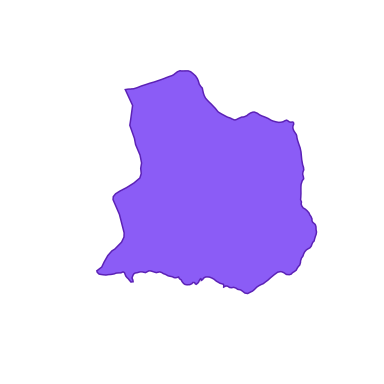 North Tongoa, Shefa, Vanuatu (orthographic projection), rotated 58°
{"feature_id": "77236927B34158198253981", "entity_name": "North Tongoa", "entity_type": "district", "adm_level": 2, "iso_a3": "VUT", "parent_name": "Vanuatu", "parent_adm1": "Shefa", "projection": "orthographic", "projection_center": [168.569, -16.896], "detail": "fine", "context": "isolated", "style": "filled", "palette": "violet", "viewbox_px": 384, "rotation_deg": 58, "n_neighbors": 0, "source": "geoboundaries", "source_scale": "gbopen_adm2", "svg_char_len": 3702}
<svg xmlns="http://www.w3.org/2000/svg" viewBox="0 0 384 384"><g transform="rotate(58 192 192)"><path d="M69.8,194.3L87.1,196.5L97.7,205.3L102.5,209.4L116.0,212.4L121.9,214.7L133.1,216.5L140.7,219.4L144.8,223.0L149.5,225.3L152.5,228.8L153.6,236.5L153.6,245.3L153.0,252.4L153.0,257.7L154.2,261.2L156.6,263.0L172.5,265.4L190.7,271.2L194.2,273.6L197.2,278.3L199.5,287.7L199.5,291.2L201.3,297.1L204.8,303.6L207.8,308.3L208.4,314.5L210.0,314.9L212.4,314.3L213.7,312.9L215.1,311.2L216.8,309.0L217.8,306.6L219.0,304.4L220.2,301.4L220.6,299.3L221.6,297.3L222.9,295.1L223.2,292.8L224.6,292.0L226.5,292.4L228.2,292.7L230.0,292.5L231.9,292.0L233.1,291.9L236.0,291.5L236.9,289.5L235.3,288.8L233.1,288.4L231.5,286.4L230.6,284.7L230.6,283.1L231.4,281.2L232.2,278.4L233.3,276.6L235.7,274.2L235.9,272.0L236.0,270.3L237.2,268.7L239.3,266.9L241.5,265.0L241.9,263.7L242.6,261.7L244.2,260.4L246.1,259.5L247.7,258.2L250.4,256.7L251.9,255.2L253.4,253.6L255.2,252.5L256.1,251.3L256.6,249.8L257.0,248.4L258.5,248.6L259.4,248.4L260.9,247.7L262.7,247.9L265.2,247.6L266.7,246.9L268.0,245.5L269.4,243.0L269.7,240.7L269.2,239.2L270.2,237.8L271.5,237.9L272.5,237.4L272.4,235.7L271.9,234.1L271.0,232.8L270.4,231.7L270.2,231.2L270.2,230.5L271.0,230.4L271.9,230.9L271.9,229.5L271.2,227.7L271.2,225.8L271.9,224.3L273.4,222.3L275.4,220.8L277.5,219.6L280.5,218.6L283.1,217.2L284.1,216.7L284.5,216.4L285.8,215.2L286.9,214.3L287.9,214.5L289.4,215.5L289.5,214.8L289.6,213.1L290.9,211.6L292.8,210.8L294.1,209.3L294.9,207.2L296.7,205.7L298.8,204.8L300.7,202.7L302.9,201.7L305.7,200.7L307.6,198.6L307.8,196.0L308.1,193.2L307.8,190.9L307.6,190.1L307.0,187.5L306.9,185.2L307.1,182.5L307.5,180.1L307.2,177.4L307.0,174.5L306.3,170.6L305.7,166.1L305.4,161.9L306.2,159.7L306.3,159.3L307.4,158.0L307.7,157.8L309.4,156.7L311.9,155.7L313.7,153.3L314.2,151.4L313.7,149.6L313.7,147.2L313.5,145.0L312.5,143.4L311.6,141.4L311.0,139.3L309.3,137.4L307.9,136.4L306.0,134.1L305.3,132.2L304.5,131.1L303.7,130.2L302.4,128.0L301.7,125.6L301.7,123.8L301.8,121.5L301.0,119.4L300.0,118.2L298.7,116.3L298.3,114.5L296.6,112.7L295.2,111.1L293.6,109.1L291.9,107.6L289.6,106.7L287.2,105.3L285.4,104.8L284.4,104.8L282.9,105.3L281.4,105.7L279.8,105.4L278.4,104.5L275.9,104.1L273.8,104.2L271.7,103.9L269.0,104.3L266.6,105.0L264.3,106.2L263.3,106.2L262.0,106.3L261.3,106.1L260.0,105.8L258.5,104.5L256.1,104.0L253.9,102.4L251.0,100.4L248.2,98.7L245.5,97.0L243.3,95.4L241.0,92.7L240.6,91.9L240.0,90.3L238.4,89.6L235.5,88.7L233.7,87.2L232.5,85.5L230.2,84.4L227.4,83.7L222.7,81.8L218.5,79.7L215.7,78.3L211.5,76.8L211.3,76.8L207.4,75.9L204.2,75.1L202.0,74.4L199.7,73.4L198.5,73.1L195.8,73.2L193.7,73.2L191.2,72.6L189.5,71.4L188.3,69.7L186.7,69.1L185.7,69.9L185.3,71.1L184.0,72.4L182.3,73.0L181.2,73.7L180.8,75.4L180.7,77.5L180.0,79.5L178.9,81.6L177.0,83.6L174.6,85.8L172.9,87.0L169.9,88.5L168.0,89.8L167.0,90.5L164.4,92.5L162.2,93.9L159.9,94.8L157.3,96.7L156.5,98.1L156.0,100.4L156.0,103.1L156.3,104.8L156.0,107.3L155.5,109.1L154.9,109.8L154.7,110.7L154.3,113.4L154.1,115.8L153.7,117.4L152.8,118.3L151.8,118.9L150.8,119.7L150.4,119.8L149.8,120.2L149.1,120.7L148.2,121.5L147.2,122.3L145.7,123.2L143.4,124.5L141.5,125.6L138.2,127.3L136.5,127.6L133.5,127.9L130.6,128.5L127.6,129.1L125.0,129.8L122.1,130.4L119.5,130.8L116.9,130.6L114.3,130.0L111.7,129.1L109.3,128.2L107.3,128.6L104.4,128.7L101.2,127.8L98.6,127.4L95.4,127.5L91.9,128.5L89.3,129.4L87.3,131.0L86.1,132.9L83.8,136.8L82.8,137.9L82.3,140.7L82.5,142.6L82.5,143.0L82.8,145.2L82.7,147.3L82.0,150.1L81.3,153.6L81.1,154.9L80.4,158.4L79.5,162.2L78.7,165.7L77.4,170.1L76.5,173.9L75.3,178.6L74.9,180.8L74.5,183.1L73.5,186.9L72.4,188.9L72.1,189.7L71.0,191.5L69.8,194.3Z" fill="#8b5cf6" stroke="#5b21b6" stroke-width="1.5"/></g></svg>